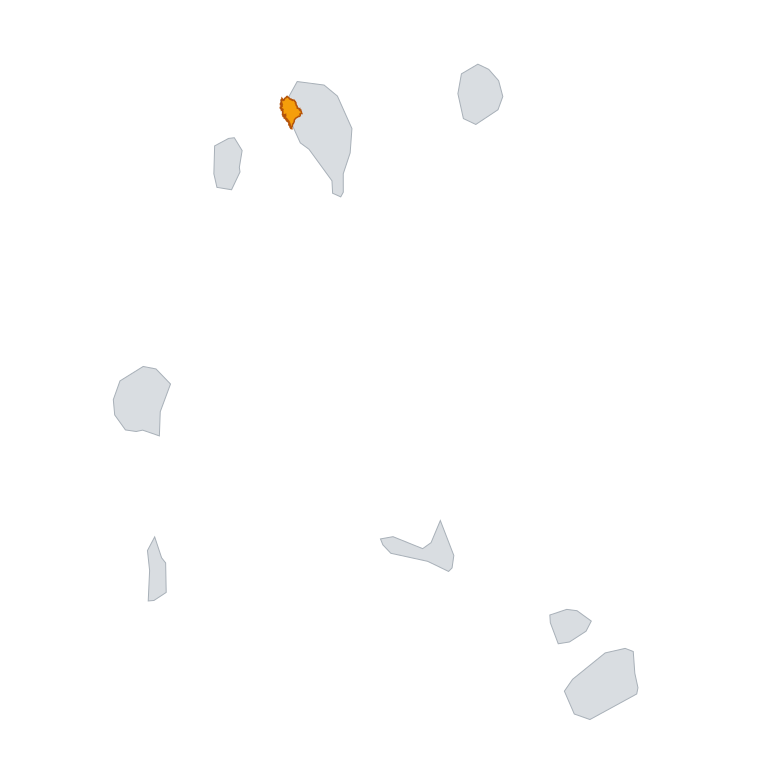 Nossa Senhora Da Luz, São Domingos, Cabo Verde shown in context, rotated 183°
{"feature_id": "66160863B49789826079472", "entity_name": "Nossa Senhora Da Luz", "entity_type": "district", "adm_level": 2, "iso_a3": "CPV", "parent_name": "Cabo Verde", "parent_adm1": "São Domingos", "projection": "equal_earth", "projection_center": [-23.458, 15.031], "detail": "fine", "context": "in_parent", "style": "filled", "palette": "amber", "viewbox_px": 768, "rotation_deg": 183, "n_neighbors": 0, "source": "geoboundaries", "source_scale": "gbopen_adm2", "svg_char_len": 5934}
<svg xmlns="http://www.w3.org/2000/svg" viewBox="0 0 768 768"><g transform="rotate(183 384 384)"><path d="M498.8,656.3L486.5,681.5L459.5,679.4L445.6,669.1L429.4,637.4L429.9,613.0L435.7,591.8L434.7,573.4L437.0,568.6L445.3,571.8L446.6,584.2L471.2,614.5L480.2,620.4L498.8,656.3ZM149.1,127.0L129.4,132.6L121.1,129.9L118.4,108.3L114.5,94.0L115.4,87.7L160.8,59.7L176.7,64.4L187.8,86.7L180.2,99.0L149.1,127.0ZM605.6,320.4L622.6,325.3L629.0,323.6L639.8,324.6L651.3,339.0L653.5,354.2L647.8,373.3L625.4,388.9L612.5,387.1L597.2,372.8L606.0,344.6L605.6,320.4ZM322.9,697.8L307.0,708.3L295.9,703.7L285.4,692.9L280.4,677.3L284.5,663.9L305.9,648.0L318.6,653.2L325.4,677.8L322.9,697.8ZM368.3,215.3L376.7,223.3L379.4,229.1L367.0,232.0L336.8,221.6L328.7,228.0L320.6,250.6L305.3,216.4L306.4,203.9L309.7,200.2L331.1,209.2L368.3,215.3ZM552.1,621.1L546.4,622.1L537.9,609.7L539.8,592.7L538.9,588.2L546.4,570.0L561.1,571.6L564.9,585.0L565.6,612.9L552.1,621.1ZM206.3,162.0L189.7,168.5L179.4,167.7L164.6,158.1L169.3,147.7L185.3,136.1L196.4,133.7L205.4,154.3L206.3,162.0ZM611.5,205.3L605.0,219.3L597.0,198.8L592.7,193.9L590.6,164.5L602.4,155.8L608.1,155.0L608.3,185.4L611.5,205.3Z" fill="#d9dde1" stroke="#a8b0b8" stroke-width="1"/><path d="M482.4,646.8L482.0,647.2L481.7,648.0L481.7,648.5L482.1,649.1L481.9,649.4L481.6,649.4L481.2,649.7L480.2,649.8L480.6,650.6L480.7,651.3L481.0,652.0L481.5,652.5L481.8,652.6L481.4,653.2L482.1,653.6L482.5,653.6L482.6,653.8L482.6,654.0L482.9,653.7L483.2,654.4L483.4,654.4L483.5,654.6L483.6,654.8L483.8,654.7L484.1,654.9L485.6,654.8L485.2,655.0L485.0,655.4L485.1,655.7L485.2,656.5L485.3,656.7L485.3,656.9L485.9,657.2L486.0,657.8L486.5,658.1L486.5,658.4L486.4,658.9L486.5,659.2L486.7,659.7L487.0,659.9L486.9,660.0L486.8,660.4L487.1,660.5L487.2,660.9L487.3,661.3L487.5,661.4L487.8,661.7L488.0,661.7L488.2,662.2L488.6,662.4L488.7,662.7L489.0,662.6L489.4,662.8L490.2,662.5L490.3,662.8L490.5,662.7L490.7,663.0L491.2,663.0L491.6,663.5L491.9,663.4L491.9,663.7L492.0,663.8L493.0,663.6L493.3,663.8L494.0,665.0L494.5,665.1L495.1,665.6L495.5,665.9L495.9,665.8L496.0,666.0L496.1,665.9L496.4,665.7L496.4,665.4L496.5,665.4L496.6,665.0L496.8,664.8L497.0,664.6L497.3,664.6L497.5,664.5L497.8,664.3L498.1,663.8L498.3,663.7L498.5,662.5L498.9,662.2L499.2,662.2L499.4,662.4L499.6,662.0L499.8,662.1L499.7,662.3L499.9,662.5L500.0,662.9L500.4,663.1L500.7,663.8L500.8,663.9L500.8,663.2L501.0,663.0L501.3,662.9L501.5,662.7L501.4,662.4L501.7,661.9L501.4,661.4L501.2,661.3L501.2,661.2L501.2,660.9L501.2,660.5L501.1,660.3L501.2,660.2L501.3,660.1L501.1,660.0L501.2,659.8L501.3,659.7L501.5,659.9L501.5,659.5L501.7,659.2L501.9,658.8L501.6,658.8L501.6,658.7L501.3,659.0L501.1,659.1L501.0,658.8L500.8,658.8L500.8,658.6L500.5,658.4L500.6,658.2L500.4,658.0L500.8,657.8L500.9,658.0L501.2,657.8L501.5,658.0L501.6,658.3L501.7,657.9L502.0,657.8L502.0,657.5L501.7,657.5L501.6,657.2L501.6,657.3L501.5,657.2L501.4,656.9L501.3,657.0L501.3,657.3L501.1,657.4L500.8,657.4L500.7,657.3L500.7,657.1L500.3,656.7L500.4,656.4L500.6,656.3L500.5,656.2L500.8,656.0L500.7,655.8L500.5,655.7L500.7,655.4L500.8,655.4L501.0,655.1L501.5,655.5L501.6,655.1L501.5,654.9L501.6,654.7L501.4,654.9L501.5,654.8L501.4,654.6L501.5,654.6L501.3,654.4L501.4,654.2L501.6,654.1L501.4,654.0L501.4,653.9L501.2,653.9L500.9,653.5L501.0,653.4L500.9,653.2L501.0,653.0L500.8,652.8L500.9,652.6L500.8,652.4L500.7,652.5L500.7,652.2L500.4,652.4L500.4,652.6L500.2,652.6L500.1,652.9L500.0,653.0L499.8,653.3L499.5,653.2L499.4,653.0L499.3,652.8L499.6,652.6L499.7,652.2L499.8,652.2L499.7,651.7L499.4,651.5L499.4,651.2L499.4,650.7L499.6,650.4L499.5,650.2L499.3,650.2L499.4,649.6L499.3,649.4L499.2,649.3L499.2,648.9L499.3,648.5L499.5,648.4L499.5,648.2L499.3,648.3L499.0,648.2L498.9,648.0L499.0,647.4L499.1,647.1L498.9,647.0L498.6,647.2L498.4,647.4L498.3,647.7L498.1,647.6L497.8,647.4L497.7,647.5L497.4,647.8L497.1,647.9L497.0,647.7L496.8,647.8L496.9,647.5L497.0,647.3L496.9,647.4L496.7,647.3L496.4,647.5L496.2,647.4L496.2,647.2L496.5,646.9L496.4,646.6L496.6,646.6L496.9,646.6L497.2,646.5L497.3,646.8L497.5,646.9L497.6,646.7L497.4,646.8L497.5,646.6L497.6,646.4L498.2,646.8L498.3,646.3L498.5,646.1L498.2,646.0L498.3,645.8L498.1,645.7L497.7,645.2L497.4,645.1L497.4,644.8L497.2,644.9L497.3,644.7L497.2,644.7L497.1,644.8L497.1,644.6L497.0,644.8L497.0,644.5L496.9,644.7L496.9,644.8L496.9,644.5L496.6,644.7L496.4,644.3L496.1,644.2L496.1,644.4L496.0,644.2L495.9,644.2L495.8,643.8L495.8,643.7L495.7,643.8L495.5,643.7L495.5,643.8L495.3,643.8L495.2,644.0L495.0,643.8L494.9,643.4L495.0,643.3L494.9,643.2L495.0,643.0L494.9,642.8L494.9,642.5L494.8,642.4L495.1,642.4L494.9,642.2L495.0,642.2L494.9,642.1L494.7,642.3L494.7,642.2L494.6,642.3L494.4,641.9L494.3,642.1L494.2,641.9L494.1,642.1L494.0,641.9L493.8,642.1L493.7,641.8L493.8,641.5L493.6,641.5L493.5,641.3L493.4,641.4L493.4,641.6L493.2,641.7L492.8,641.4L492.7,641.1L492.7,640.8L492.9,640.7L493.0,640.7L493.0,640.4L492.9,640.4L492.8,640.2L492.7,640.2L492.5,639.9L492.6,639.6L492.6,639.3L492.6,639.2L492.5,639.3L492.5,639.2L492.5,639.3L492.4,639.2L492.3,639.4L492.2,639.2L492.3,639.0L492.2,639.0L492.2,638.9L492.3,638.6L492.3,638.4L492.2,638.5L492.1,638.4L491.9,638.5L491.9,638.4L491.8,638.5L491.8,638.4L491.7,638.5L491.7,638.4L491.6,638.5L491.4,638.2L491.6,638.0L491.6,637.9L491.4,638.1L491.3,637.8L491.2,638.0L491.2,637.9L491.2,637.6L491.3,637.5L491.4,637.2L491.2,637.0L491.4,636.7L491.4,636.4L491.2,636.2L490.9,636.0L490.8,635.9L490.7,636.0L490.6,635.8L490.6,635.7L490.4,635.5L490.5,635.5L490.4,635.2L490.6,635.2L490.6,634.8L490.4,634.8L490.5,634.8L490.4,634.7L490.5,634.6L490.4,634.4L490.1,634.5L489.8,634.2L489.7,634.2L489.4,634.1L489.4,634.7L489.5,635.0L489.5,635.5L489.4,635.8L489.3,636.3L489.1,636.5L489.0,637.1L489.0,637.6L488.7,638.7L488.7,639.0L488.2,639.3L487.5,641.1L487.3,641.9L487.4,642.5L487.2,643.3L486.9,643.8L486.3,644.3L486.0,644.9L485.5,645.3L485.1,645.5L483.9,646.3L483.5,646.8L483.3,646.7L482.4,646.8Z" fill="#f59e0b" stroke="#b45309" stroke-width="1.5"/></g></svg>